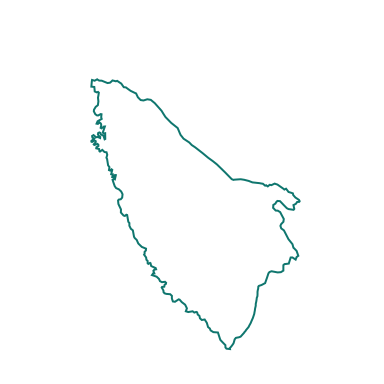 Miabi, Kasaï-Oriental, Democratic Republic of the Congo, rotated 324°
{"feature_id": "63176286B13611321695248", "entity_name": "Miabi", "entity_type": "district", "adm_level": 2, "iso_a3": "COD", "parent_name": "Democratic Republic of the Congo", "parent_adm1": "Kasaï-Oriental", "projection": "robinson", "projection_center": [23.286, -6.293], "detail": "fine", "context": "isolated", "style": "outline", "palette": "teal", "viewbox_px": 384, "rotation_deg": 324, "n_neighbors": 0, "source": "geoboundaries", "source_scale": "gbopen_adm2", "svg_char_len": 5599}
<svg xmlns="http://www.w3.org/2000/svg" viewBox="0 0 384 384"><g transform="rotate(324 192 192)"><path d="M113.7,270.8L118.1,271.0L118.7,271.8L119.0,275.1L120.2,279.1L120.0,280.4L119.5,283.1L116.9,284.9L118.4,286.9L122.4,288.9L122.8,290.2L123.0,290.9L124.9,291.5L125.4,292.3L125.2,293.0L124.6,294.5L125.0,295.8L125.2,296.5L124.2,298.9L124.5,300.3L124.7,301.3L127.3,302.6L127.1,306.5L126.3,308.8L125.6,310.7L126.2,312.9L125.7,314.9L126.9,317.9L130.4,320.9L128.2,327.6L128.2,327.8L128.0,328.4L128.5,332.2L129.0,335.5L128.0,337.0L127.7,337.4L127.7,337.5L127.8,339.0L130.4,341.4L130.8,340.5L132.8,340.1L134.5,339.6L136.5,338.9L137.1,338.5L138.4,337.5L139.9,336.3L141.7,335.8L142.9,336.3L144.5,337.1L146.3,337.6L151.4,336.5L152.0,336.2L153.3,336.0L154.5,335.5L158.4,334.5L159.9,333.7L162.3,332.6L164.6,331.2L167.2,329.7L170.7,327.2L171.8,326.1L173.2,324.8L174.4,323.5L176.7,321.5L177.8,320.0L179.6,318.4L181.1,316.9L182.2,315.7L183.6,314.8L184.2,314.1L185.0,313.1L186.3,311.3L187.6,310.0L188.6,309.2L190.1,307.5L190.8,307.3L191.0,307.3L193.5,308.1L197.6,308.7L200.6,306.6L201.8,305.8L206.1,302.7L207.6,302.3L208.8,302.6L209.8,302.9L214.0,307.4L216.8,309.1L219.7,309.3L222.4,305.6L222.6,305.4L222.9,304.9L224.4,304.7L228.2,306.8L233.3,303.0L233.8,303.3L234.8,304.0L236.1,307.6L238.4,306.1L240.5,306.1L242.0,301.1L241.5,297.4L241.4,297.3L241.3,296.7L242.6,293.3L242.4,289.0L242.4,288.9L242.3,286.9L243.8,277.1L243.7,276.7L242.8,273.9L243.1,273.0L243.6,271.4L244.7,270.7L245.2,270.4L245.8,270.3L248.5,269.8L249.3,268.9L250.4,267.8L251.0,263.4L251.5,260.1L250.4,257.5L248.8,256.2L248.6,254.7L248.5,253.7L248.3,252.5L249.5,251.1L250.1,250.3L250.6,250.3L252.7,250.4L254.1,249.7L255.0,249.6L255.8,249.4L257.8,251.1L258.4,255.3L258.4,255.5L259.2,260.9L259.3,261.0L260.0,262.5L263.7,266.1L264.6,265.9L264.8,265.8L266.4,262.2L267.6,262.4L269.1,262.6L271.2,261.9L272.3,262.6L273.0,263.0L273.7,262.7L273.8,261.9L273.9,261.3L273.0,258.8L272.4,257.2L272.3,256.1L272.1,254.0L272.8,252.4L271.7,250.8L270.1,248.7L270.1,246.9L270.0,244.6L268.2,244.3L268.2,244.2L267.6,242.3L265.5,236.2L264.4,234.7L263.8,233.8L263.3,233.7L260.2,233.1L259.2,231.9L257.9,231.9L256.6,232.0L256.1,230.7L256.0,230.2L255.7,230.1L254.9,229.9L254.2,227.0L252.6,225.4L252.0,224.7L246.5,219.7L244.4,216.4L241.4,212.8L238.9,210.3L235.4,208.1L233.3,206.8L232.7,206.6L231.7,205.0L230.3,195.5L228.4,184.4L227.0,179.3L225.3,174.1L224.9,172.6L223.4,166.7L221.1,158.7L220.7,157.4L219.4,153.9L218.9,150.3L217.3,146.0L216.5,143.9L216.4,140.9L216.3,139.1L216.5,138.3L216.6,137.7L217.3,134.8L218.0,131.8L217.1,128.6L215.8,123.9L214.6,115.7L214.8,112.2L215.1,108.4L214.1,98.2L212.8,93.2L211.2,91.6L210.4,90.8L210.3,90.7L207.6,89.8L206.5,89.4L204.5,87.4L204.0,84.2L203.9,83.6L204.7,79.4L204.1,78.4L201.8,74.1L200.7,70.8L200.0,68.5L198.4,67.1L198.5,62.7L197.8,60.9L196.8,58.1L195.5,57.7L194.0,55.9L193.2,55.0L192.1,55.2L190.0,55.4L189.2,55.0L187.7,54.2L184.4,48.9L182.4,47.3L181.6,45.5L181.5,45.1L179.1,44.8L178.6,44.7L178.4,44.4L177.0,42.6L175.9,43.7L172.5,47.6L173.5,48.5L174.7,49.6L173.8,51.2L172.4,53.5L173.1,54.7L173.5,55.4L174.4,55.7L174.8,55.8L175.0,56.9L172.8,59.1L171.4,60.4L169.5,63.7L167.6,65.7L166.9,66.4L165.6,66.5L164.2,66.5L161.1,67.8L160.0,69.0L159.5,72.3L159.7,72.8L160.1,74.1L160.8,74.7L161.0,74.9L164.0,75.3L164.5,75.9L162.5,78.1L161.9,79.8L159.3,79.5L157.2,79.3L155.5,80.3L155.0,80.6L155.9,81.6L157.1,81.5L158.1,81.4L158.3,82.2L158.5,83.0L158.4,83.4L157.9,84.6L155.8,86.4L156.2,87.3L159.4,87.3L159.7,87.6L160.0,87.8L157.3,89.7L156.3,90.4L154.7,91.5L155.1,92.7L155.7,93.1L156.3,93.4L153.0,98.1L152.3,98.0L152.8,96.4L153.5,94.3L152.1,91.9L152.5,90.2L152.1,89.4L150.9,89.1L149.8,90.0L149.7,90.8L149.5,91.4L150.2,93.4L149.4,94.3L148.1,92.1L147.1,91.6L146.6,91.3L146.4,90.7L145.8,88.1L144.1,88.0L143.4,89.5L144.3,91.2L140.5,91.6L140.2,92.2L140.5,92.7L140.6,92.8L143.5,93.0L144.0,94.3L143.4,95.1L140.5,95.7L140.6,96.5L141.4,96.8L143.4,97.4L143.8,97.5L144.0,98.8L143.7,99.2L143.3,99.8L142.9,99.8L141.0,99.6L140.2,100.4L140.7,101.0L142.1,102.6L141.1,104.6L141.3,105.2L144.2,105.2L144.7,108.2L145.6,109.1L146.2,109.6L145.3,112.1L142.9,114.0L142.7,115.4L139.8,121.1L139.8,123.4L137.7,125.5L138.4,126.6L139.6,126.4L140.2,126.3L140.5,127.2L137.1,130.1L138.3,131.2L136.2,133.1L136.5,133.5L136.9,133.9L138.1,133.5L138.3,133.5L139.7,133.0L140.3,133.6L139.6,134.2L137.1,136.4L137.0,136.2L136.9,135.9L134.9,135.5L134.1,137.9L132.9,141.9L132.9,144.3L134.1,146.3L134.4,146.8L135.0,149.9L134.6,152.5L134.4,153.1L133.3,154.3L132.2,155.5L130.1,156.0L128.3,155.1L127.9,155.2L127.2,155.4L125.6,158.1L125.5,158.3L125.4,158.5L125.1,160.0L124.3,164.3L123.4,165.5L122.4,166.8L122.8,170.8L123.6,171.9L125.5,171.8L126.0,172.5L123.0,178.6L123.0,179.4L123.1,180.3L121.5,182.5L120.9,185.9L121.1,186.3L121.6,188.3L118.8,194.1L118.6,195.6L119.0,197.7L119.1,198.2L118.3,202.0L118.4,202.9L119.1,206.9L121.5,210.8L120.3,212.2L118.4,212.6L117.3,214.2L116.4,214.5L116.4,218.0L115.3,220.0L115.6,221.6L114.2,223.7L114.5,224.4L114.5,224.5L115.4,224.6L116.4,224.7L116.6,225.2L115.5,227.8L116.0,228.9L117.9,232.2L117.6,233.0L117.5,233.4L117.3,233.3L115.8,232.7L114.4,233.1L114.1,234.3L113.7,235.7L112.6,235.0L111.7,235.4L110.8,235.7L112.2,237.7L113.6,239.7L114.2,242.9L113.7,245.3L114.7,247.3L116.0,248.0L117.4,248.8L117.4,249.1L117.7,250.2L117.2,250.7L116.9,251.0L116.0,250.9L115.4,250.9L113.9,252.3L112.0,251.2L111.8,251.3L111.3,251.5L111.2,253.2L111.0,254.8L110.5,255.7L110.1,256.3L110.2,257.3L110.2,257.8L110.4,257.9L111.2,259.2L114.3,261.9L114.5,263.1L114.7,264.2L113.7,265.5L113.1,266.4L112.2,269.3L113.2,270.3L113.7,270.8Z" fill="none" stroke="#0f766e" stroke-width="2"/></g></svg>